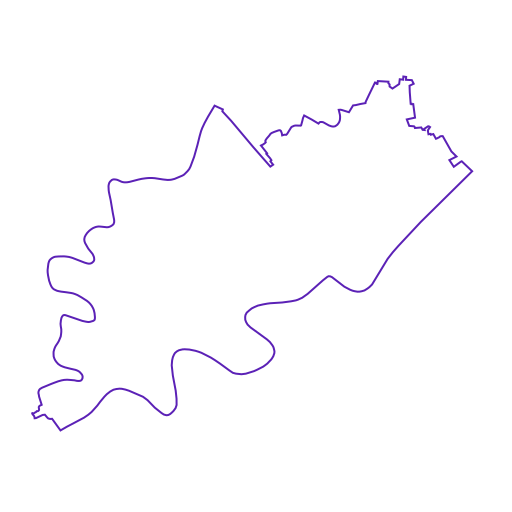 the district of An Lao, Hải Phòng, Vietnam, rotated 276°
{"feature_id": "81297802B65658789050233", "entity_name": "An Lao", "entity_type": "district", "adm_level": 2, "iso_a3": "VNM", "parent_name": "Vietnam", "parent_adm1": "Hải Phòng", "projection": "natural_earth1", "projection_center": [106.554, 20.797], "detail": "fine", "context": "isolated", "style": "outline", "palette": "violet", "viewbox_px": 512, "rotation_deg": 276, "n_neighbors": 0, "source": "geoboundaries", "source_scale": "gbopen_adm2", "svg_char_len": 5911}
<svg xmlns="http://www.w3.org/2000/svg" viewBox="0 0 512 512"><g transform="rotate(276 256 256)"><path d="M230.2,51.2L228.9,50.7L227.9,50.5L226.7,50.3L220.3,50.2L218.0,50.5L215.0,51.2L209.9,52.8L206.3,54.5L204.3,55.7L203.1,56.7L201.9,58.2L201.1,60.3L200.6,61.9L200.4,63.5L200.2,65.9L200.1,71.2L199.9,75.9L199.7,77.9L199.2,80.1L198.5,82.5L196.6,86.8L193.7,92.6L192.3,94.7L190.9,96.3L189.2,97.9L186.9,99.5L185.4,100.3L182.3,101.4L178.4,102.2L177.0,102.3L175.8,102.2L175.1,101.7L174.4,100.8L173.1,97.6L172.8,96.1L172.9,93.8L173.3,90.1L176.0,78.2L177.2,72.9L177.3,71.9L177.1,70.9L176.6,70.2L175.5,69.5L174.2,69.0L171.6,68.7L168.1,68.7L165.7,69.2L162.8,70.0L160.1,70.3L157.7,70.3L155.5,70.2L153.5,69.6L150.8,68.8L148.4,67.7L146.4,66.6L144.9,65.9L143.0,65.3L141.5,65.0L139.5,64.7L137.4,64.9L134.9,65.3L132.9,66.2L131.3,67.2L129.7,68.6L127.9,70.6L126.5,73.2L125.9,75.1L125.3,77.5L124.9,80.3L124.5,83.2L123.9,88.3L123.5,89.9L123.0,91.3L122.4,92.5L121.5,93.6L119.9,95.3L118.8,95.9L117.8,96.2L116.2,96.2L115.1,95.8L114.5,95.5L113.7,94.7L113.4,93.8L113.2,93.0L113.1,91.0L113.4,88.4L113.3,83.7L113.2,81.0L112.7,78.1L112.0,75.7L110.7,72.4L108.7,68.3L107.1,65.2L104.7,60.8L102.7,57.1L101.3,55.2L100.4,54.5L99.3,54.1L98.3,53.9L97.0,53.9L95.0,54.6L93.4,55.0L85.6,58.4L84.7,56.9L84.2,56.3L83.7,56.0L83.2,55.8L82.7,55.8L82.2,55.9L81.3,56.2L80.7,56.3L80.2,56.3L79.8,56.1L79.3,55.8L79.0,55.4L78.8,55.0L78.7,54.1L77.7,53.4L77.4,52.8L76.9,52.2L76.4,51.6L76.2,51.1L76.2,50.8L76.4,50.1L76.3,49.9L75.9,49.9L75.1,50.5L73.9,51.8L73.2,52.3L72.4,52.6L71.5,52.8L71.8,54.2L75.6,60.4L76.1,62.6L73.6,65.2L72.8,66.2L72.5,67.5L72.5,69.0L72.8,70.2L62.1,79.8L62.4,80.2L66.4,85.7L77.2,101.8L80.6,105.8L83.7,108.8L90.6,113.8L94.5,116.1L100.2,119.9L102.9,122.0L106.0,125.2L108.1,128.2L109.1,131.0L109.8,134.2L109.9,136.4L109.5,140.1L108.7,143.9L104.2,158.3L101.3,163.2L94.6,171.2L90.0,178.4L88.7,180.9L88.4,182.7L88.3,183.9L88.8,185.6L89.9,187.2L91.4,188.6L93.2,190.1L96.3,191.9L99.5,192.6L105.7,191.9L113.7,190.2L128.4,185.8L138.5,183.6L143.6,183.5L146.7,183.9L149.5,184.8L151.1,185.6L152.9,187.3L154.2,189.2L154.8,190.8L155.5,192.9L155.8,194.9L156.0,199.5L155.4,205.7L154.7,209.2L154.0,211.9L150.3,221.6L148.2,225.9L145.2,231.5L141.6,237.7L139.5,241.3L137.4,245.2L136.9,248.3L136.9,253.9L137.9,258.2L141.3,266.1L143.0,269.0L146.7,274.7L148.4,276.6L150.2,278.5L152.3,280.1L154.2,281.6L155.6,282.5L158.2,283.7L161.3,284.4L163.2,284.3L165.3,283.6L167.1,282.9L168.7,281.8L171.9,278.8L174.2,275.6L184.4,258.0L186.9,254.8L189.2,253.1L191.4,252.0L194.2,251.6L196.2,251.7L198.7,252.7L201.3,255.1L203.4,257.2L205.0,259.7L206.9,263.1L208.6,268.1L209.8,272.2L210.5,275.1L212.5,286.9L214.6,295.6L216.0,300.2L217.0,302.4L219.3,306.3L223.7,311.3L238.8,325.1L242.8,329.2L243.5,330.4L243.5,332.0L242.9,333.8L234.7,347.1L232.3,353.1L231.6,355.6L231.3,357.8L231.1,360.7L231.4,362.8L232.0,364.8L233.1,367.5L235.3,370.3L237.0,372.1L239.8,374.4L266.9,387.2L274.1,391.7L281.0,396.6L307.2,416.4L362.9,462.1L371.7,450.7L371.1,449.7L365.4,443.4L371.6,438.3L375.9,445.0L380.4,439.4L394.7,429.2L394.6,428.0L394.4,427.1L394.1,426.5L393.4,426.0L393.0,425.4L391.9,423.7L391.4,422.7L395.8,419.6L394.9,417.2L395.7,416.8L395.1,414.8L398.7,413.8L399.6,414.1L402.4,415.6L403.0,414.4L403.0,413.6L401.6,411.9L400.0,410.0L398.9,410.5L398.9,408.5L399.4,408.2L401.1,406.9L399.9,400.7L400.9,400.3L401.5,399.6L401.4,394.8L407.6,391.7L410.2,399.7L423.5,396.5L423.2,394.8L423.7,394.7L423.6,393.9L435.0,391.8L441.4,390.9L443.8,394.8L447.2,392.6L446.9,386.7L449.8,386.6L449.9,383.8L446.7,383.9L446.8,380.5L442.0,380.4L439.1,377.0L436.8,374.2L438.5,371.2L439.0,371.0L440.4,371.0L440.7,370.8L441.7,369.6L443.2,369.5L442.7,358.9L439.8,358.8L439.7,358.6L439.8,358.1L440.0,357.8L440.4,357.8L440.8,357.6L440.9,357.1L441.0,356.2L428.0,351.5L420.9,349.0L419.5,348.9L418.1,344.0L416.5,339.4L415.9,336.8L408.7,333.4L410.1,326.5L410.3,325.1L410.3,324.6L410.0,323.0L405.2,324.7L403.2,325.1L401.4,325.2L399.9,325.2L398.4,324.9L397.1,324.4L395.1,323.2L393.4,321.3L393.0,320.2L392.8,319.3L392.8,318.3L392.9,317.2L393.5,314.8L396.0,309.0L396.2,307.6L396.1,306.8L396.0,305.9L395.6,305.3L394.2,304.3L397.5,297.2L400.8,289.2L398.0,288.3L395.5,288.0L390.6,287.2L390.3,286.7L389.9,281.6L389.5,280.3L388.9,279.2L388.6,278.9L388.3,278.2L387.7,277.6L381.3,274.5L380.7,274.2L379.7,273.4L379.6,271.6L378.7,269.4L380.9,268.8L383.1,267.6L383.6,266.6L383.3,265.3L382.4,263.4L381.2,260.9L379.9,258.6L378.8,257.5L377.3,256.7L374.0,254.4L371.9,253.3L371.1,253.3L370.1,253.8L369.1,253.0L367.5,251.2L366.4,249.4L359.3,256.3L358.6,255.6L354.7,259.8L352.9,261.3L351.7,260.4L348.6,263.5L346.4,260.9L363.9,242.0L387.8,217.2L396.4,207.4L398.3,207.7L400.2,202.0L401.2,199.1L389.5,193.7L383.0,191.0L377.5,189.1L374.4,188.3L369.2,187.4L360.5,186.2L348.2,184.1L338.1,181.5L335.5,180.5L333.3,179.1L330.2,176.6L329.1,175.6L328.1,174.1L324.2,167.0L323.2,164.3L322.8,162.8L322.6,161.5L322.4,160.1L322.4,158.6L322.4,155.5L322.8,147.3L322.7,144.1L322.4,141.5L322.0,139.3L321.6,137.5L320.8,134.3L319.7,131.0L316.5,122.5L315.9,120.3L315.6,118.6L315.5,116.9L315.6,115.6L315.8,114.5L317.0,110.9L317.3,109.7L317.4,108.5L317.4,107.2L317.3,106.2L317.0,105.5L316.5,104.6L314.6,103.0L313.3,102.4L311.8,102.1L310.1,102.0L306.1,102.6L304.0,103.1L296.4,105.6L283.8,109.1L277.6,111.0L276.2,111.3L274.6,111.4L272.9,111.0L272.1,110.4L271.4,109.7L270.6,108.7L269.9,107.6L269.3,106.2L269.0,104.7L269.0,98.5L268.9,96.4L268.6,95.1L268.1,93.6L267.4,92.2L266.5,90.7L265.0,88.9L263.5,87.4L261.3,85.7L259.1,84.5L257.1,83.7L255.4,83.5L254.4,83.5L252.7,83.9L251.0,84.7L246.5,87.9L245.5,88.7L241.4,92.8L240.6,93.5L239.4,94.2L238.5,94.7L237.6,95.1L235.5,95.5L234.6,95.4L233.5,94.9L231.9,93.4L231.4,92.5L231.1,91.7L230.9,90.5L231.0,88.9L231.5,86.2L234.9,73.7L235.2,72.1L235.5,70.2L235.6,67.8L235.6,66.0L235.5,64.4L235.2,61.8L234.8,59.1L234.5,57.5L234.2,56.1L233.7,55.0L233.0,53.9L232.3,53.0L231.3,52.0L230.2,51.2Z" fill="none" stroke="#5b21b6" stroke-width="2"/></g></svg>